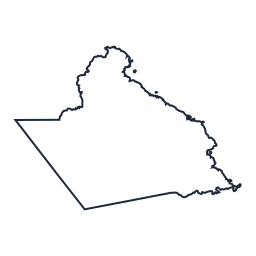 Baegu-Asifola, Malaita, Solomon Islands (Albers equal-area conic projection)
{"feature_id": "97153195B83644089590295", "entity_name": "Baegu-Asifola", "entity_type": "district", "adm_level": 2, "iso_a3": "SLB", "parent_name": "Solomon Islands", "parent_adm1": "Malaita", "projection": "albers", "projection_center": [160.871, -8.5], "detail": "fine", "context": "isolated", "style": "outline", "palette": "slate", "viewbox_px": 256, "rotation_deg": 0, "n_neighbors": 0, "source": "geoboundaries", "source_scale": "gbopen_adm2", "svg_char_len": 5829}
<svg xmlns="http://www.w3.org/2000/svg" viewBox="0 0 256 256"><path d="M15.4,120.0L58.0,175.2L84.7,209.3L171.4,192.7L172.8,192.8L174.5,192.5L176.5,192.8L177.8,193.4L178.7,194.7L179.9,194.8L181.2,195.5L182.2,196.6L183.9,197.3L185.5,196.9L187.1,196.2L188.3,195.0L189.9,194.7L191.6,194.0L192.6,193.4L193.1,192.5L193.8,192.5L194.4,192.8L196.0,191.0L196.8,190.6L197.7,191.1L198.2,192.8L200.1,193.6L201.6,194.0L202.3,193.1L202.2,192.3L202.7,192.1L204.9,192.9L207.9,191.6L210.5,191.2L212.0,191.2L212.6,192.6L212.2,193.7L213.9,194.0L215.3,192.3L216.6,193.3L219.2,192.2L217.2,190.7L216.0,189.3L216.8,187.8L218.0,187.4L220.6,189.9L222.0,189.1L223.8,189.5L226.6,188.3L227.6,189.0L228.9,188.4L230.4,187.6L231.5,187.3L232.9,187.5L233.3,187.6L233.4,187.9L233.2,188.3L233.5,189.0L233.2,189.5L233.4,190.4L233.7,190.8L234.4,191.1L234.9,191.1L235.9,190.1L236.1,189.7L236.0,189.1L236.5,188.5L237.4,187.9L237.8,187.0L238.7,186.7L239.5,187.0L240.6,185.4L240.6,184.9L240.4,184.4L240.0,184.2L239.6,184.4L238.3,185.7L236.2,186.7L234.9,186.2L234.0,185.7L232.9,185.7L232.6,185.3L232.3,184.2L231.4,183.7L229.6,183.4L229.4,182.1L228.9,181.6L228.4,181.4L228.3,180.8L227.4,179.5L226.7,179.1L226.1,179.2L225.9,179.0L225.9,177.9L224.5,176.1L223.3,174.1L222.4,173.1L221.9,171.4L221.5,170.8L220.7,170.3L220.0,169.6L219.6,169.4L218.3,169.3L218.2,170.1L217.7,169.7L216.9,169.1L216.7,168.5L216.4,168.3L215.7,168.1L215.3,167.7L214.5,167.8L213.9,167.2L213.3,167.1L212.2,167.4L212.6,166.7L212.3,166.3L212.3,165.9L213.7,165.8L215.5,163.1L214.5,162.3L214.7,161.2L213.6,159.7L213.8,158.8L213.6,158.4L211.6,157.0L211.1,157.1L210.7,157.4L210.6,156.1L209.6,154.8L208.3,154.7L207.4,154.4L207.2,154.5L207.0,154.1L207.5,153.2L207.4,152.7L206.9,152.0L207.4,151.3L207.4,150.7L207.6,150.4L212.2,149.0L212.8,148.6L213.3,147.5L213.5,146.5L214.4,146.0L216.2,145.8L216.5,145.6L216.4,145.0L215.9,143.6L215.0,143.0L214.7,141.1L214.4,140.6L212.9,139.5L212.3,138.6L211.3,137.9L210.5,137.6L209.3,138.0L209.0,137.9L208.3,136.3L208.1,135.4L207.4,134.9L207.2,134.5L206.0,133.6L205.4,131.8L205.5,130.3L205.0,129.5L205.0,128.9L203.9,126.7L202.6,124.9L201.8,124.8L201.7,124.6L202.2,123.9L202.1,123.1L201.5,122.2L199.6,121.3L198.2,121.2L196.9,121.4L193.9,120.4L193.0,120.8L192.5,120.5L192.2,119.9L191.6,120.0L191.5,120.5L191.3,120.6L189.5,119.0L188.9,119.0L187.9,119.3L187.3,119.3L187.0,118.0L187.6,117.8L187.8,117.5L187.4,115.9L186.6,115.8L186.3,115.5L184.7,113.9L183.4,112.1L182.8,111.9L182.0,111.9L181.4,111.4L179.6,111.1L176.4,109.0L175.6,107.6L174.0,106.8L173.6,106.3L171.7,105.5L171.0,105.5L170.4,105.7L169.6,105.1L169.4,105.1L168.9,104.4L168.0,103.7L167.5,103.5L167.2,103.6L166.6,103.3L165.8,104.4L165.7,104.2L166.0,103.5L165.9,102.9L165.1,102.4L165.0,102.0L164.5,101.7L163.9,101.0L163.5,100.0L162.7,100.1L162.6,99.0L160.4,97.3L159.3,96.9L158.8,97.3L158.8,97.1L158.5,97.1L158.2,96.8L157.7,96.9L157.8,96.5L157.2,96.0L156.7,96.1L156.3,96.8L156.1,96.2L155.6,95.8L155.3,96.0L154.9,95.8L154.5,95.9L154.2,95.7L153.6,96.0L153.5,95.5L151.8,94.9L151.6,95.1L151.3,94.8L150.4,94.7L150.1,95.4L149.8,95.3L149.7,95.0L150.1,94.8L150.0,94.4L149.8,94.6L149.4,94.5L148.4,92.7L147.6,92.3L147.0,91.6L145.7,90.9L145.4,90.9L144.8,90.0L144.7,89.6L144.1,88.8L143.5,88.2L142.7,87.9L142.1,87.0L141.6,87.0L141.5,85.3L140.7,84.6L140.6,84.0L139.6,83.5L139.2,83.0L137.8,82.4L137.1,82.4L136.1,81.6L135.2,81.6L134.8,81.0L133.3,80.1L129.5,81.1L129.5,80.9L130.1,80.1L130.1,79.6L129.9,79.2L129.9,78.7L129.6,77.7L128.5,77.0L127.4,76.8L126.7,76.1L125.1,76.0L125.7,75.3L125.5,74.9L125.1,74.8L124.2,72.7L123.5,72.0L122.8,71.8L123.6,71.0L124.4,70.9L124.8,69.8L124.5,69.6L124.6,69.1L124.3,68.8L125.2,68.0L125.4,67.1L126.6,67.0L126.9,66.8L127.5,67.3L128.1,67.0L128.4,66.7L129.2,66.9L130.2,65.8L129.9,65.3L129.5,65.1L129.9,64.8L130.2,64.4L130.0,63.9L130.3,63.1L130.1,62.4L129.7,62.5L129.4,62.2L129.0,60.1L129.3,59.7L129.1,59.3L128.9,59.1L129.8,58.3L129.7,57.7L128.4,56.2L127.6,56.0L127.1,56.4L127.4,55.6L127.0,55.2L127.1,54.9L125.3,52.9L123.9,51.8L121.4,50.7L121.0,50.8L120.8,50.2L120.6,50.1L119.3,48.8L118.7,48.9L117.4,48.8L115.6,48.3L115.1,47.8L115.0,47.0L114.4,46.7L113.3,47.3L113.0,46.8L110.4,48.0L109.5,47.9L107.4,46.8L105.2,48.0L105.3,48.7L106.2,49.4L107.3,49.4L107.7,50.2L107.7,51.2L108.0,52.4L106.8,53.9L105.9,55.5L105.5,57.1L103.3,57.3L100.9,55.8L99.8,56.4L97.9,55.7L96.8,56.8L95.5,56.6L94.0,57.3L93.1,59.2L91.9,61.1L90.3,62.2L90.0,63.2L89.8,65.0L87.1,67.7L86.6,68.8L88.8,71.0L88.0,72.0L86.2,71.7L85.3,72.5L85.1,74.8L84.0,75.2L83.1,74.8L82.5,75.1L80.4,75.3L78.5,76.4L77.6,77.6L78.4,79.8L76.9,82.8L77.0,84.5L79.2,85.5L78.6,86.6L78.7,87.5L79.4,88.4L78.7,89.5L79.4,91.7L80.0,92.5L81.0,92.0L81.9,92.3L80.7,94.1L80.4,96.0L82.3,99.5L82.5,101.1L82.3,103.3L82.4,105.1L82.2,106.9L81.3,106.8L80.5,107.1L79.8,106.7L79.5,106.8L79.3,107.9L78.3,107.0L77.8,107.3L77.5,108.5L76.6,108.6L75.8,108.2L75.6,108.6L75.6,109.4L73.8,109.5L73.1,109.2L72.0,110.0L70.3,108.7L69.1,108.5L67.8,108.7L67.0,110.3L65.2,110.5L63.2,111.3L62.1,112.8L61.1,115.5L60.2,116.0L59.4,118.8L59.4,119.8L15.4,120.0ZM190.8,117.0L190.7,116.7L190.4,116.4L189.7,116.4L189.3,116.6L188.9,116.2L188.8,115.7L188.2,115.6L188.3,116.5L189.5,118.5L190.0,118.7L190.5,118.4L190.5,117.6L190.8,117.0ZM135.8,70.9L135.0,70.3L134.1,70.7L133.8,71.9L134.2,72.3L134.8,72.4L135.3,71.9L135.8,70.9ZM211.3,152.9L211.3,152.3L210.9,151.9L210.4,151.9L210.5,152.1L210.1,152.3L210.2,153.2L210.8,153.4L211.1,153.3L211.3,152.9ZM231.4,180.9L231.2,180.4L230.5,180.0L229.6,179.8L229.5,180.3L231.1,181.0L231.4,180.9ZM132.3,61.3L132.3,60.6L132.0,60.3L131.6,60.6L131.2,60.6L131.5,61.1L131.4,61.5L132.3,61.3ZM157.0,92.4L156.9,92.1L156.5,91.9L155.6,92.2L155.6,92.5L156.1,92.7L157.0,92.4ZM194.4,119.2L194.1,118.7L193.1,118.9L193.0,119.0L193.7,119.5L194.4,119.4L194.4,119.2ZM203.7,121.9L203.3,121.7L202.9,121.7L202.7,121.8L202.8,122.2L203.5,122.3L203.7,121.9Z" fill="none" stroke="#1e293b" stroke-width="2"/></svg>